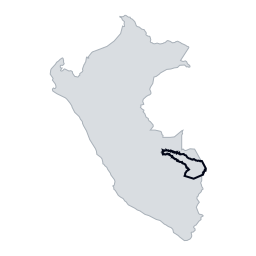 location of Tambopata, Madre de Dios, Peru
{"feature_id": "86281439B97572959999904", "entity_name": "Tambopata", "entity_type": "district", "adm_level": 2, "iso_a3": "PER", "parent_name": "Peru", "parent_adm1": "Madre de Dios", "projection": "orthographic", "projection_center": [-70.427, -12.188], "detail": "medium", "context": "in_parent", "style": "outline", "palette": "ink", "viewbox_px": 256, "rotation_deg": 0, "n_neighbors": 0, "source": "geoboundaries", "source_scale": "gbopen_adm2", "svg_char_len": 5339}
<svg xmlns="http://www.w3.org/2000/svg" viewBox="0 0 256 256"><path d="M190.0,66.1L189.9,66.9L188.9,67.3L188.0,66.7L186.6,66.9L184.6,65.0L179.7,65.3L177.5,67.5L174.3,67.9L170.8,69.0L166.8,69.4L160.5,72.9L159.1,74.3L156.2,76.4L153.9,77.1L152.8,83.4L150.5,87.1L149.7,89.2L150.9,92.2L150.9,93.7L149.6,94.9L148.6,95.1L146.4,96.4L143.3,99.2L142.7,101.4L143.8,104.2L143.4,104.5L140.8,105.1L140.9,106.7L140.4,107.3L142.6,109.5L143.8,110.0L143.9,110.6L143.7,111.2L143.2,111.4L143.2,112.0L144.8,113.6L146.0,117.0L148.3,118.6L148.4,119.7L149.0,120.8L150.3,121.6L153.1,124.9L153.2,126.5L150.3,130.1L155.1,130.1L160.4,131.3L161.2,131.8L161.8,133.5L161.9,134.5L163.0,135.4L162.9,137.4L169.9,137.4L174.4,136.9L181.7,130.8L182.9,130.3L182.3,131.6L182.2,132.6L182.6,133.6L181.7,135.1L181.7,149.8L183.0,149.0L184.7,150.4L186.0,150.5L190.0,148.8L194.6,149.1L205.4,168.4L204.4,169.7L204.5,170.7L203.2,171.5L201.8,173.0L201.7,180.7L200.6,183.0L201.2,184.2L201.8,186.6L202.8,188.1L203.0,189.0L202.9,189.4L201.4,190.2L201.3,191.6L198.6,194.3L198.1,196.1L197.1,196.8L196.9,198.8L199.3,202.2L197.8,204.2L196.3,207.2L198.7,213.5L199.7,214.4L200.7,214.4L202.3,214.9L203.2,215.9L201.2,217.1L200.9,217.6L201.0,219.6L198.9,221.2L196.0,225.1L195.2,225.3L193.8,226.5L193.6,227.1L193.8,227.7L195.0,228.8L195.1,230.3L193.1,232.1L191.6,232.2L191.1,232.7L191.7,235.1L191.7,236.3L191.2,237.5L190.2,238.9L187.2,240.4L184.4,240.6L179.7,237.0L178.2,235.5L173.5,232.5L172.8,229.3L171.2,227.7L168.3,226.5L166.0,224.9L164.3,224.1L160.1,220.5L156.2,219.4L148.9,215.6L145.0,214.4L139.9,210.9L137.2,209.9L135.0,208.3L128.4,204.9L127.4,203.7L126.3,202.0L124.8,201.0L123.2,198.6L120.7,197.2L118.3,195.4L115.3,190.4L113.9,189.3L113.7,187.0L112.8,186.0L114.2,185.2L115.0,181.6L114.5,179.8L111.0,175.1L110.3,173.1L107.8,169.5L106.8,167.3L104.8,165.7L104.0,164.4L102.9,163.8L102.8,162.1L102.0,158.9L100.8,157.3L96.9,154.4L96.4,151.1L95.5,148.8L89.8,139.7L86.5,130.9L83.7,126.0L82.5,123.2L82.4,121.7L80.4,119.1L79.3,116.7L74.7,112.3L72.1,107.2L71.7,105.7L69.9,102.9L67.0,99.3L65.5,97.9L56.9,93.7L52.9,91.1L52.4,89.7L52.6,88.9L53.4,88.0L54.7,88.6L55.4,88.3L56.0,87.3L55.9,85.8L55.2,83.8L52.4,80.1L53.1,78.4L50.2,74.1L50.8,69.8L51.4,68.7L55.5,64.2L56.6,62.3L58.4,61.1L60.2,59.3L62.3,57.9L63.0,58.3L63.6,60.6L63.5,62.1L64.2,63.8L62.7,65.4L61.0,65.2L60.4,65.6L60.2,66.3L60.4,67.5L60.9,68.0L62.1,68.0L60.5,70.3L60.6,70.7L61.8,71.1L62.9,70.5L64.0,69.2L64.7,68.9L68.9,71.0L70.9,70.7L72.4,71.7L72.6,73.3L74.7,76.4L77.8,77.0L78.3,76.8L79.0,75.6L79.7,75.4L79.8,73.6L82.5,71.6L82.9,70.3L82.5,69.4L82.6,68.7L84.1,64.5L84.6,64.1L85.1,62.7L85.7,61.9L86.5,57.2L87.3,57.2L88.0,58.3L88.8,58.0L88.4,56.9L88.5,56.6L91.5,52.8L92.5,51.9L107.0,46.4L114.2,41.0L120.6,33.6L122.6,26.1L123.3,26.6L124.5,26.4L124.1,23.5L124.4,22.0L124.4,21.6L122.4,19.9L121.6,17.9L119.8,16.9L119.9,16.4L121.7,16.8L123.4,16.6L124.8,15.4L125.9,15.4L128.3,17.1L130.1,17.2L130.6,18.4L132.4,19.2L134.8,21.7L135.9,24.5L135.9,25.0L137.0,26.5L139.3,27.1L141.7,29.1L144.2,29.7L145.3,31.6L145.9,32.2L146.3,33.2L145.9,34.5L146.3,35.1L148.1,36.2L149.6,36.3L150.0,36.8L150.8,39.8L150.3,41.4L150.5,42.2L152.5,43.0L153.1,43.6L154.8,43.8L157.1,43.1L159.9,44.0L162.1,43.6L163.1,43.4L164.1,42.7L165.0,42.7L167.2,40.7L167.9,40.6L170.3,41.4L172.3,42.8L174.8,42.5L175.8,41.7L177.6,41.2L180.8,42.8L181.6,43.6L182.5,43.8L185.9,45.4L186.6,46.1L188.4,46.7L188.8,47.2L188.7,47.8L180.5,60.5L183.0,61.5L185.4,60.9L186.6,61.7L187.5,63.8L189.4,65.2L190.0,66.1Z" fill="#d9dde1" stroke="#a8b0b8" stroke-width="1"/><path d="M162.5,153.4L162.8,154.1L163.2,153.7L163.8,153.8L164.0,154.4L165.2,154.3L165.4,154.5L166.3,154.1L166.9,154.3L167.3,153.6L168.5,153.9L168.9,154.3L169.3,154.1L169.3,154.9L170.1,155.0L170.6,155.7L172.2,155.9L172.5,156.5L172.3,156.9L172.6,156.8L173.2,157.7L173.5,157.8L173.5,158.2L174.3,158.5L174.9,159.1L175.5,158.9L176.4,159.3L176.8,160.5L177.1,160.4L177.0,160.7L177.4,161.0L177.9,161.2L178.6,161.0L179.0,161.6L180.0,162.0L180.6,161.9L181.6,162.1L181.7,162.5L181.9,162.7L182.1,162.5L182.2,162.9L183.0,163.5L183.5,163.4L183.9,163.8L184.9,164.1L185.4,164.9L185.6,164.9L186.1,166.3L186.5,166.6L186.3,167.3L186.4,167.6L188.2,168.4L188.3,168.9L188.5,168.9L188.3,169.0L189.0,169.5L188.5,170.0L186.5,171.2L185.9,172.5L185.5,172.7L185.2,173.4L185.1,174.6L184.6,175.9L193.7,178.7L203.1,174.6L203.1,172.9L203.6,172.8L203.5,172.3L203.9,172.2L203.9,171.5L204.9,171.0L204.7,170.9L205.1,170.6L204.8,170.4L204.8,169.7L205.3,169.4L205.4,168.6L205.8,168.7L205.8,168.4L201.9,161.0L200.6,160.9L200.2,161.3L198.8,160.6L197.5,160.9L196.6,160.4L195.9,160.5L194.0,159.1L193.2,159.2L192.8,159.7L191.2,159.3L190.4,158.7L189.1,158.5L187.3,157.4L186.0,155.4L184.5,155.0L183.7,154.0L180.1,154.4L179.8,153.9L179.8,154.1L179.5,154.0L179.6,153.7L178.8,153.5L178.9,153.0L178.0,153.3L177.3,152.8L177.1,152.9L177.1,152.7L176.9,152.9L176.9,152.7L176.2,152.7L176.1,152.4L175.9,152.6L175.4,152.3L175.2,152.5L174.6,152.2L174.4,152.4L174.3,151.9L173.5,152.0L173.2,151.6L172.8,151.9L172.6,151.5L171.8,151.3L171.9,151.0L171.3,150.8L171.3,151.0L170.9,150.7L170.8,150.9L170.7,150.7L170.2,151.0L169.6,150.8L169.0,151.0L168.5,150.5L168.2,150.8L166.7,150.1L166.8,150.4L166.4,150.5L166.2,150.2L165.9,150.5L164.5,150.6L164.2,150.4L164.0,150.8L163.5,150.8L162.8,150.3L162.9,150.9L163.3,150.8L163.7,151.2L162.6,151.9L162.9,152.0L162.5,153.4Z" fill="none" stroke="#020617" stroke-width="2"/></svg>